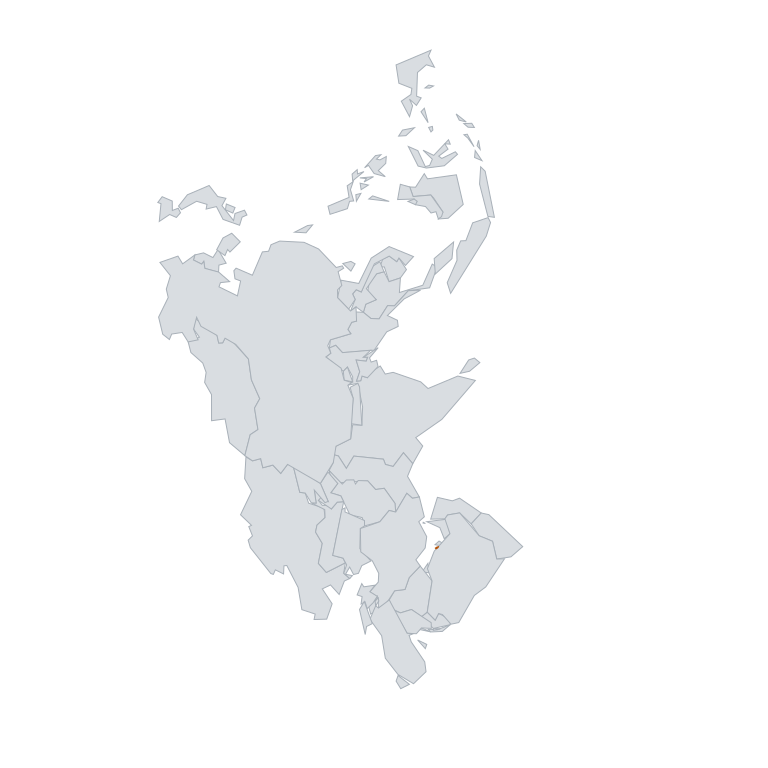 where Bahrain sits in Asia, rotated 245°
{"feature_id": "BHR", "entity_name": "Bahrain", "entity_type": "country or territory", "adm_level": 0, "iso_a3": "BHR", "parent_name": "Asia", "parent_adm1": "", "projection": "natural_earth1", "projection_center": [50.55, 26.027], "detail": "fine", "context": "in_parent", "style": "filled", "palette": "amber", "viewbox_px": 768, "rotation_deg": 245, "n_neighbors": 46, "source": "natural_earth", "source_scale": "50m", "svg_char_len": 13331}
<svg xmlns="http://www.w3.org/2000/svg" viewBox="0 0 768 768"><g transform="rotate(245 384 384)"><path d="M376.3,228.1L369.9,232.4L368.5,240.7L359.3,238.8L357.5,249.0L346.6,252.6L351.9,262.6L349.7,267.4L321.4,261.9L318.5,266.5L307.8,265.3L296.9,277.1L287.9,274.2L284.4,263.6L278.7,259.4L265.6,260.7L249.2,248.7L237.6,252.1L238.3,273.4L229.5,267.5L222.2,270.7L222.2,264.8L212.2,254.4L224.5,250.6L224.4,241.5L206.7,244.1L195.1,232.7L200.1,221.1L204.6,224.4L214.2,214.2L236.0,220.2L260.6,219.2L261.5,216.5L254.3,212.7L261.5,207.0L258.2,203.2L260.1,201.3L292.1,193.7L299.9,194.9L301.9,200.6L311.9,201.2L311.9,204.2L326.1,198.7L342.6,218.8L357.1,217.7L376.3,228.1Z" fill="#d9dde1" stroke="#a8b0b8" stroke-width="1"/><path d="M238.3,273.4L237.6,252.1L249.2,248.7L265.6,260.7L278.7,259.4L284.4,263.6L287.9,274.2L295.2,277.2L307.0,267.9L304.8,272.2L317.3,276.0L311.7,280.2L306.2,279.7L306.2,275.4L300.1,276.8L296.9,283.7L293.0,283.5L296.7,291.7L294.4,297.7L250.3,265.1L243.5,273.3L238.3,273.4Z" fill="#d9dde1" stroke="#a8b0b8" stroke-width="1"/><path d="M668.1,529.8L666.7,567.7L662.5,562.9L649.8,563.6L655.4,557.3L652.2,546.0L631.1,535.2L627.6,538.6L622.8,531.1L631.4,527.5L624.1,527.5L615.5,520.1L633.0,519.2L635.0,530.8L640.2,534.2L650.3,524.6L668.1,529.8ZM586.3,566.4L583.2,573.7L578.3,574.3L581.2,568.7L586.3,566.4ZM633.2,554.8L632.9,550.4L635.0,546.3L636.0,550.8L633.2,554.8ZM551.7,490.6L549.0,495.8L557.6,509.4L551.6,510.1L543.0,538.0L513.3,531.7L507.1,512.2L510.6,503.0L514.9,510.1L531.5,507.6L535.5,506.3L541.6,489.6L551.7,490.6ZM602.2,534.4L615.1,532.6L616.9,537.1L602.2,534.4ZM597.0,536.7L593.5,535.6L592.6,533.1L597.7,532.9L597.0,536.7ZM602.5,502.0L606.3,508.1L603.4,519.9L599.8,508.8L602.5,502.0ZM567.1,507.0L589.0,506.4L581.2,513.3L563.6,513.3L562.8,517.7L567.3,522.8L579.4,518.2L570.2,525.7L578.1,545.7L573.4,545.4L576.0,540.6L569.8,541.3L567.4,529.9L564.0,531.7L564.3,546.8L561.1,547.7L556.3,530.9L561.8,513.7L567.1,507.0ZM564.9,572.7L556.0,570.3L560.7,569.1L564.9,572.7ZM561.0,565.9L571.5,563.9L576.1,561.8L575.2,565.0L561.0,565.9ZM551.0,561.8L557.0,565.3L545.0,567.2L551.0,561.8ZM492.0,549.0L524.8,555.1L540.0,563.4L534.1,565.6L488.4,554.5L492.0,549.0ZM479.3,518.8L492.6,532.5L490.8,548.7L485.3,548.8L474.8,539.2L438.0,482.7L449.1,484.1L465.2,502.4L474.6,506.5L481.3,514.0L479.3,518.8Z" fill="#d9dde1" stroke="#a8b0b8" stroke-width="1"/><path d="M586.7,569.3L591.3,563.7L598.3,563.5L586.7,569.3Z" fill="#d9dde1" stroke="#a8b0b8" stroke-width="1"/><path d="M143.1,320.3L138.7,328.5L137.9,342.4L135.1,332.3L139.6,321.4L143.1,320.3Z" fill="#d9dde1" stroke="#a8b0b8" stroke-width="1"/><path d="M147.1,314.9L139.7,321.4L146.4,312.6L147.1,314.9Z" fill="#d9dde1" stroke="#a8b0b8" stroke-width="1"/><path d="M141.6,325.4L138.3,331.5L139.9,324.6L141.6,325.4Z" fill="#d9dde1" stroke="#a8b0b8" stroke-width="1"/><path d="M141.6,325.4L157.3,319.7L159.0,326.8L148.3,330.6L152.9,336.5L143.4,344.2L137.9,342.4L141.6,325.4Z" fill="#d9dde1" stroke="#a8b0b8" stroke-width="1"/><path d="M218.3,373.2L230.2,373.9L241.1,364.6L235.1,383.4L220.4,380.5L218.3,373.2Z" fill="#d9dde1" stroke="#a8b0b8" stroke-width="1"/><path d="M214.5,370.2L214.2,366.0L216.8,362.3L218.4,367.5L214.5,370.2Z" fill="#d9dde1" stroke="#a8b0b8" stroke-width="1"/><path d="M197.6,339.1L202.9,348.0L194.0,344.8L197.6,339.1Z" fill="#d9dde1" stroke="#a8b0b8" stroke-width="1"/><path d="M159.0,326.8L157.3,319.7L168.0,313.6L169.6,302.2L176.8,296.3L186.1,297.5L192.1,306.2L188.9,316.2L197.9,325.0L203.7,339.9L185.1,344.3L159.0,326.8Z" fill="#d9dde1" stroke="#a8b0b8" stroke-width="1"/><path d="M236.1,382.2L241.8,369.2L258.7,384.5L249.2,396.6L248.6,404.2L226.0,417.6L220.4,403.9L235.2,398.1L238.4,386.3L236.1,382.2ZM242.1,361.1L240.1,362.6L241.5,360.6L242.1,361.1Z" fill="#d9dde1" stroke="#a8b0b8" stroke-width="1"/><path d="M473.2,443.7L474.6,431.8L489.9,433.8L491.9,429.8L497.9,435.8L497.7,442.8L489.5,447.3L491.9,450.8L478.2,452.7L473.2,443.7Z" fill="#d9dde1" stroke="#a8b0b8" stroke-width="1"/><path d="M485.7,431.5L474.6,431.8L473.2,443.7L460.4,436.6L457.1,460.9L472.3,478.4L467.4,481.5L451.9,466.0L458.3,445.4L450.4,426.5L453.5,420.4L445.1,407.1L448.9,399.8L457.7,395.6L464.0,401.2L463.7,412.6L474.0,407.9L481.9,413.1L487.0,423.9L485.7,431.5Z" fill="#d9dde1" stroke="#a8b0b8" stroke-width="1"/><path d="M496.5,431.9L485.7,431.5L487.0,423.9L477.8,408.3L463.7,412.6L464.0,401.2L457.7,395.6L465.7,391.2L464.3,384.5L472.8,393.6L478.9,393.6L481.2,398.7L477.0,402.3L495.4,422.0L496.5,431.9Z" fill="#d9dde1" stroke="#a8b0b8" stroke-width="1"/><path d="M457.7,395.6L448.9,399.8L445.1,407.1L453.5,420.4L450.4,426.5L458.3,445.4L453.6,456.8L452.6,438.2L444.6,416.0L436.1,423.1L430.2,421.2L430.1,408.5L418.8,389.4L430.0,359.6L439.5,356.6L439.7,349.7L446.7,354.1L443.6,375.2L448.7,374.3L453.6,380.8L452.6,385.7L462.1,387.2L457.7,395.6Z" fill="#d9dde1" stroke="#a8b0b8" stroke-width="1"/><path d="M482.4,453.6L491.9,450.8L489.5,447.3L497.7,442.8L497.0,426.1L477.0,402.3L481.2,398.7L478.9,393.6L472.8,393.6L466.8,383.6L481.8,378.4L496.2,389.0L485.8,403.6L503.5,425.6L506.4,446.7L487.0,464.6L482.4,453.6Z" fill="#d9dde1" stroke="#a8b0b8" stroke-width="1"/><path d="M580.9,267.1L579.1,275.9L570.9,282.4L576.1,290.5L560.2,292.0L561.5,284.6L555.4,281.4L558.2,277.7L564.5,270.5L571.3,272.5L569.7,269.4L576.9,263.7L580.9,267.1Z" fill="#d9dde1" stroke="#a8b0b8" stroke-width="1"/><path d="M567.6,294.1L576.4,289.1L584.4,299.8L585.0,309.7L573.6,313.8L568.7,300.1L572.0,299.1L567.6,294.1Z" fill="#d9dde1" stroke="#a8b0b8" stroke-width="1"/><path d="M377.9,227.6L396.1,219.2L419.5,225.2L423.6,212.2L447.3,223.2L461.2,222.1L469.7,227.7L479.6,228.6L494.1,222.3L504.9,224.3L504.4,236.5L514.2,234.6L523.6,240.4L498.6,253.2L491.0,251.5L489.5,255.2L492.7,259.3L487.4,264.4L464.0,271.7L443.8,265.6L423.2,265.2L416.9,256.5L396.0,250.5L394.6,241.3L377.9,227.6Z" fill="#d9dde1" stroke="#a8b0b8" stroke-width="1"/><path d="M439.7,349.7L439.5,356.6L430.0,359.6L420.3,386.1L417.0,376.8L415.2,380.6L412.2,377.5L417.5,368.9L405.4,367.2L398.2,360.3L396.8,364.3L400.5,367.4L396.7,371.7L399.9,373.3L401.9,388.2L392.5,389.3L390.7,397.2L370.4,418.2L361.3,422.0L360.0,454.3L348.6,468.3L327.5,421.5L322.0,390.1L311.4,392.9L299.6,376.4L313.5,372.6L305.4,357.4L310.5,351.3L316.1,351.7L331.4,326.2L323.4,314.2L338.1,312.2L342.2,307.3L347.9,314.2L348.4,330.6L360.3,338.4L356.0,346.5L372.2,354.9L395.7,360.5L398.2,350.7L399.2,356.5L403.8,358.7L414.8,358.0L412.7,352.5L433.1,342.7L434.4,348.8L439.7,349.7Z" fill="#d9dde1" stroke="#a8b0b8" stroke-width="1"/><path d="M417.0,376.8L419.4,394.1L413.8,381.9L409.3,381.6L408.6,387.3L402.4,386.0L396.7,371.7L400.5,367.4L396.8,364.3L398.2,360.3L405.4,367.2L417.5,368.9L412.2,377.5L415.2,380.6L417.0,376.8Z" fill="#d9dde1" stroke="#a8b0b8" stroke-width="1"/><path d="M412.7,352.5L414.8,358.0L399.2,356.5L404.3,349.5L412.7,352.5Z" fill="#d9dde1" stroke="#a8b0b8" stroke-width="1"/><path d="M395.3,351.9L395.7,360.5L391.7,360.6L356.0,346.5L362.2,337.0L384.0,350.0L395.3,351.9Z" fill="#d9dde1" stroke="#a8b0b8" stroke-width="1"/><path d="M342.2,307.3L338.1,312.2L323.4,314.2L331.4,326.2L316.1,351.7L310.5,351.3L305.4,357.4L313.5,372.6L299.6,376.4L290.4,366.3L266.7,368.3L268.4,361.5L275.3,358.5L263.0,340.5L271.2,343.5L289.4,340.1L291.9,331.8L303.1,328.3L313.5,301.4L328.8,297.7L334.3,304.9L342.2,307.3Z" fill="#d9dde1" stroke="#a8b0b8" stroke-width="1"/><path d="M279.9,297.8L300.8,297.6L307.9,289.8L313.4,300.0L319.8,295.6L328.8,297.7L310.9,303.9L312.9,309.3L309.9,316.1L305.4,315.9L307.4,319.8L303.1,328.3L291.9,331.8L289.4,340.1L271.2,343.5L263.0,340.5L267.2,335.2L260.9,322.0L263.6,306.4L272.1,307.8L279.9,297.8Z" fill="#d9dde1" stroke="#a8b0b8" stroke-width="1"/><path d="M294.4,297.7L296.7,291.7L293.0,283.5L306.2,275.4L308.1,279.6L301.2,283.8L320.8,284.3L327.9,296.0L313.4,300.0L307.9,289.8L300.8,297.6L294.4,297.7Z" fill="#d9dde1" stroke="#a8b0b8" stroke-width="1"/><path d="M307.0,267.9L318.5,266.5L321.4,261.9L349.7,267.4L320.8,284.3L301.2,283.8L301.4,280.4L317.3,276.0L304.8,272.2L307.0,267.9Z" fill="#d9dde1" stroke="#a8b0b8" stroke-width="1"/><path d="M222.2,270.7L229.5,267.5L235.9,273.7L243.5,273.3L250.3,265.1L288.1,292.8L288.2,296.4L284.5,294.6L268.5,308.6L263.6,306.4L263.0,301.5L245.0,292.5L229.1,297.3L228.8,287.1L223.2,280.8L224.2,275.9L232.6,275.5L227.8,268.7L223.7,274.4L222.2,270.7Z" fill="#d9dde1" stroke="#a8b0b8" stroke-width="1"/><path d="M203.7,339.9L197.9,325.0L188.9,316.2L192.1,306.2L183.7,292.8L183.3,284.3L192.7,288.3L201.7,283.4L206.9,295.1L214.6,299.2L228.7,298.7L241.7,292.0L263.0,301.5L260.9,322.0L267.2,335.2L263.0,340.5L275.3,358.5L268.4,361.5L266.7,368.3L246.6,364.4L244.5,357.3L227.6,358.2L218.0,352.0L211.2,338.6L203.7,339.9Z" fill="#d9dde1" stroke="#a8b0b8" stroke-width="1"/><path d="M142.5,323.6L147.1,314.9L144.0,307.8L148.3,299.6L174.8,297.2L169.6,302.2L168.0,313.6L147.7,325.9L142.5,323.6Z" fill="#d9dde1" stroke="#a8b0b8" stroke-width="1"/><path d="M194.4,288.2L181.3,279.5L181.1,274.7L190.2,276.3L194.4,288.2Z" fill="#d9dde1" stroke="#a8b0b8" stroke-width="1"/><path d="M186.1,297.5L148.3,299.6L145.3,305.4L145.6,300.5L138.8,299.7L115.0,303.5L105.5,300.5L99.9,284.1L114.9,273.9L134.9,269.3L156.9,275.5L176.7,271.8L186.5,282.7L183.3,284.3L186.1,297.5ZM100.8,270.4L109.6,269.4L113.8,273.5L101.1,280.1L100.8,270.4Z" fill="#d9dde1" stroke="#a8b0b8" stroke-width="1"/><path d="M370.0,470.9L369.3,476.9L362.9,479.9L359.4,466.9L361.5,457.4L370.0,470.9Z" fill="#d9dde1" stroke="#a8b0b8" stroke-width="1"/><path d="M505.1,408.6L500.3,401.7L510.6,397.6L509.1,405.8L505.1,408.6ZM320.8,284.3L351.9,262.6L346.6,252.6L357.5,249.0L359.3,238.8L368.5,240.7L369.9,232.4L377.9,227.6L394.6,241.3L396.0,250.5L416.9,256.5L423.2,265.2L443.8,265.6L464.0,271.7L482.5,266.4L492.7,259.3L489.5,255.2L491.0,251.5L498.6,253.2L513.6,242.5L523.7,242.4L514.2,234.6L502.6,234.2L504.9,224.3L516.0,222.9L519.0,212.7L515.0,208.3L522.6,204.5L539.9,208.0L553.6,225.0L562.0,226.8L572.4,236.2L588.9,232.3L587.0,251.3L578.0,252.3L580.9,267.1L576.9,263.7L569.7,269.4L571.3,272.5L564.5,270.5L555.4,281.4L542.0,287.4L545.0,278.6L541.8,275.5L525.8,288.4L538.0,297.6L542.3,293.4L550.1,295.8L551.5,298.9L538.2,310.7L555.1,329.6L553.1,335.5L558.0,340.5L557.6,349.9L546.2,371.4L534.0,381.8L509.8,389.9L508.7,396.1L506.0,396.4L505.2,389.9L491.1,387.4L489.0,381.7L481.8,378.4L464.3,384.5L465.7,391.2L452.6,385.7L453.6,380.8L448.7,374.3L443.6,375.2L446.7,354.1L442.5,349.2L434.4,348.8L433.1,342.7L416.5,351.8L404.3,349.5L399.0,355.3L398.2,350.7L384.0,350.0L348.4,330.6L347.9,314.2L334.3,304.9L320.8,284.3Z" fill="#d9dde1" stroke="#a8b0b8" stroke-width="1"/><path d="M559.4,367.1L559.9,381.7L558.4,386.5L554.0,377.2L559.4,367.1Z" fill="#d9dde1" stroke="#a8b0b8" stroke-width="1"/><path d="M194.2,270.2L200.6,274.3L204.2,270.5L212.5,279.5L208.7,280.0L205.5,290.8L201.7,283.4L194.4,288.2L190.3,281.6L187.5,273.8L194.6,274.8L194.2,270.2ZM192.7,288.3L189.5,287.6L186.5,282.7L190.9,284.1L192.7,288.3Z" fill="#d9dde1" stroke="#a8b0b8" stroke-width="1"/><path d="M164.9,261.1L190.0,266.5L195.2,274.2L171.8,272.1L171.6,265.7L164.9,261.1Z" fill="#d9dde1" stroke="#a8b0b8" stroke-width="1"/><path d="M566.5,443.6L561.3,436.2L567.5,438.5L566.5,443.6ZM576.3,462.1L575.5,451.3L577.6,454.9L581.0,449.2L576.3,462.1ZM588.2,457.8L594.6,472.8L593.1,478.1L591.0,472.2L588.8,475.1L589.2,482.2L583.2,478.8L579.8,469.0L571.4,472.8L578.9,464.0L588.7,462.3L588.2,457.8ZM559.3,453.2L547.3,465.9L558.1,448.4L559.3,453.2ZM568.8,408.4L567.9,431.2L579.2,434.4L580.4,441.6L574.3,435.7L562.7,433.9L564.1,430.0L558.4,424.9L560.6,406.8L568.8,408.4ZM570.9,453.9L569.8,445.4L576.1,447.2L570.9,453.9ZM587.7,443.8L589.6,450.3L585.6,448.8L585.0,455.6L581.4,441.5L587.7,443.8Z" fill="#d9dde1" stroke="#a8b0b8" stroke-width="1"/><path d="M462.0,477.0L476.5,482.5L483.3,507.1L468.9,498.6L462.0,477.0ZM551.7,490.6L541.6,489.6L535.5,506.3L514.9,510.1L511.4,506.9L510.6,503.0L518.2,503.9L519.1,498.9L527.3,496.6L533.2,488.3L538.9,489.5L545.4,474.3L558.1,483.2L551.7,490.6Z" fill="#d9dde1" stroke="#a8b0b8" stroke-width="1"/><path d="M539.3,482.9L538.9,489.5L535.5,491.3L533.2,488.3L539.3,482.9Z" fill="#d9dde1" stroke="#a8b0b8" stroke-width="1"/><path d="M638.6,285.8L637.8,309.4L624.2,312.5L619.1,319.2L614.1,312.5L595.7,316.7L601.5,321.0L600.5,331.0L595.1,331.2L595.2,325.9L588.9,320.2L601.2,307.7L615.6,307.1L617.7,296.7L621.6,299.5L628.8,291.4L627.6,274.1L632.1,273.0L638.6,285.8ZM641.7,258.1L644.1,255.7L647.5,262.1L639.3,269.4L630.7,265.5L630.3,271.8L625.2,271.9L622.7,266.2L628.2,261.4L626.3,249.0L641.7,258.1ZM602.8,319.2L608.9,313.9L613.8,317.2L606.9,323.6L602.8,319.2Z" fill="#d9dde1" stroke="#a8b0b8" stroke-width="1"/><path d="M220.4,403.9L226.0,417.6L221.3,423.8L178.0,441.0L173.7,426.0L177.7,412.2L195.6,415.9L206.2,406.1L220.4,403.9Z" fill="#d9dde1" stroke="#a8b0b8" stroke-width="1"/><path d="M138.0,343.2L150.4,339.5L152.9,336.5L148.3,330.6L159.0,326.8L185.1,344.3L198.3,345.3L211.3,358.9L220.4,380.5L236.1,382.2L238.4,386.3L235.2,398.1L206.2,406.1L195.6,415.9L177.7,412.2L174.7,419.4L157.1,390.5L154.2,376.5L136.2,350.9L138.0,343.2Z" fill="#d9dde1" stroke="#a8b0b8" stroke-width="1"/><path d="M137.8,306.3L129.9,312.7L126.7,309.6L137.8,306.3Z" fill="#d9dde1" stroke="#a8b0b8" stroke-width="1"/><path d="M213.5,363.6L213.4,364.1L213.2,363.9L212.9,363.1L213.0,362.6L212.8,361.8L212.9,361.6L213.3,361.5L213.3,361.8L213.6,362.2L213.6,362.9L213.5,363.6Z" fill="#f59e0b" stroke="#b45309" stroke-width="1.5"/></g></svg>